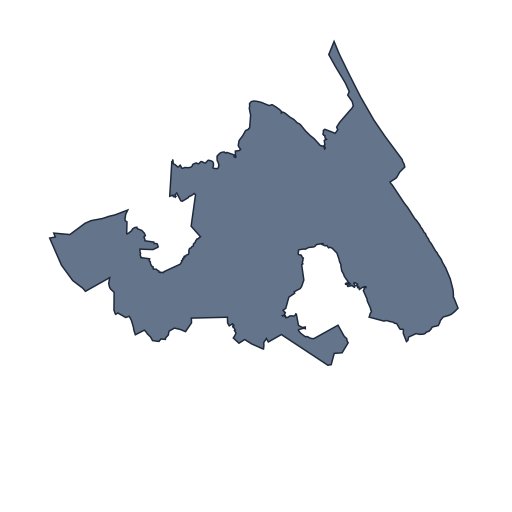 outline of Heroica Ciudad de Juchitán de Zaragoza, Oaxaca, Mexico, rotated 241°
{"feature_id": "50627088B28921038205871", "entity_name": "Heroica Ciudad de Juchitán de Zaragoza", "entity_type": "district", "adm_level": 2, "iso_a3": "MEX", "parent_name": "Mexico", "parent_adm1": "Oaxaca", "projection": "orthographic", "projection_center": [-94.955, 16.413], "detail": "fine", "context": "isolated", "style": "filled", "palette": "slate", "viewbox_px": 512, "rotation_deg": 241, "n_neighbors": 0, "source": "geoboundaries", "source_scale": "gbopen_adm2", "svg_char_len": 6152}
<svg xmlns="http://www.w3.org/2000/svg" viewBox="0 0 512 512"><g transform="rotate(241 256 256)"><path d="M125.6,265.9L124.5,269.1L132.9,277.2L129.6,284.4L135.4,294.5L137.5,294.5L139.9,295.3L142.6,294.3L144.3,294.2L155.7,294.2L155.7,266.4L156.8,264.8L158.3,263.2L160.2,262.2L161.1,261.1L161.2,260.2L166.0,257.9L169.2,257.1L170.8,257.2L170.9,257.7L169.6,262.9L168.5,263.9L170.0,264.7L171.0,261.9L174.7,259.5L185.6,263.1L186.1,262.8L185.2,261.4L185.2,259.5L186.2,258.5L187.2,256.5L186.9,254.5L187.5,252.2L188.4,252.3L188.3,252.6L189.6,252.6L189.4,251.8L190.4,251.4L190.6,250.2L191.0,250.1L190.7,252.1L192.2,254.2L193.0,254.0L193.0,253.7L195.4,253.4L195.8,256.7L204.1,264.8L204.7,271.8L206.2,272.1L206.1,279.0L207.2,281.1L211.8,286.2L226.4,291.8L226.4,293.2L228.1,293.4L229.3,294.9L230.5,295.3L230.8,296.2L231.6,296.3L232.9,295.8L234.5,296.0L235.3,295.7L235.6,294.8L236.9,293.9L237.9,294.1L238.7,295.0L240.5,295.9L240.6,296.6L239.2,300.6L238.0,302.7L238.0,306.0L235.9,311.0L236.0,312.7L236.7,314.5L234.6,320.4L234.4,320.5L234.4,319.1L231.4,321.4L230.7,323.1L228.0,323.4L227.7,325.0L225.9,326.4L219.4,328.2L212.7,327.0L210.5,326.3L207.2,326.1L206.2,325.4L201.5,323.8L197.4,323.8L195.7,323.4L191.6,323.7L190.5,324.1L189.7,323.8L185.8,324.9L186.1,323.9L187.7,323.1L188.6,321.9L188.3,320.7L187.7,320.7L186.3,322.1L185.7,322.1L185.0,321.5L184.7,321.7L184.6,322.5L183.5,325.7L181.0,326.8L181.0,327.2L182.0,328.2L184.4,328.3L185.0,328.7L184.6,329.7L182.1,331.2L181.6,329.6L181.2,329.5L180.4,330.3L179.3,329.7L179.4,330.7L178.9,330.9L177.7,330.3L176.6,330.2L177.0,333.7L176.4,336.5L175.9,337.2L175.5,337.2L175.1,336.9L175.7,335.8L175.5,335.0L174.7,334.8L173.7,333.1L164.7,332.3L162.6,331.5L154.4,330.8L153.4,330.2L151.8,330.2L150.9,329.4L150.5,328.2L147.7,325.3L137.0,336.4L136.4,338.6L135.1,340.2L134.3,340.7L131.8,343.7L129.9,344.7L128.6,346.3L122.6,346.4L121.9,346.7L120.7,349.0L119.8,349.0L116.9,347.3L108.2,346.1L108.6,348.0L111.1,350.1L110.5,358.4L108.2,361.0L106.7,364.0L106.2,366.1L106.8,368.3L106.3,370.9L107.1,373.4L108.4,375.7L106.8,381.7L108.8,384.6L110.1,385.8L111.7,389.6L111.8,390.7L110.7,395.1L110.3,398.5L111.1,403.0L112.4,407.4L123.3,408.8L124.4,408.7L126.4,409.9L131.1,412.0L141.8,414.8L153.6,416.1L160.0,416.0L163.3,416.4L169.6,415.8L171.2,416.0L172.9,415.5L181.8,415.3L184.9,414.8L187.6,415.1L190.5,414.7L193.7,415.1L194.8,414.5L199.3,414.5L202.1,414.0L203.2,414.3L209.4,413.6L211.4,413.0L224.7,412.2L230.4,411.3L251.7,409.6L254.0,409.1L255.7,409.0L256.3,416.8L259.7,422.3L261.7,429.3L264.6,430.1L267.5,430.1L269.7,430.6L298.4,426.8L317.9,425.0L344.4,424.6L368.7,425.5L391.9,426.7L405.8,428.3L396.9,417.3L383.2,417.3L364.4,418.0L354.7,417.3L352.2,414.2L344.5,415.0L340.2,413.9L338.3,410.8L338.3,410.1L332.3,393.8L329.6,389.0L326.8,388.7L324.9,384.8L333.5,377.6L333.2,375.8L331.9,375.2L330.1,373.6L328.8,373.8L327.9,374.6L326.6,373.9L324.8,373.7L323.9,374.2L324.1,372.1L323.9,371.6L320.1,370.3L319.8,369.4L316.6,368.8L316.4,367.9L318.0,368.4L319.7,367.9L320.2,366.8L320.7,366.8L321.3,365.9L322.2,365.6L330.5,363.7L335.3,361.7L341.5,359.9L349.0,358.6L350.8,357.9L352.4,356.6L357.1,355.3L361.0,353.0L366.6,350.8L368.9,349.2L368.8,347.5L370.2,348.3L372.6,347.6L376.9,345.6L380.6,343.4L381.2,340.4L387.7,335.2L390.5,332.2L392.6,329.3L393.3,326.8L392.5,324.3L390.0,323.0L388.4,321.7L381.8,319.6L371.1,312.5L371.0,311.3L370.4,310.5L370.8,307.8L367.6,302.6L365.2,297.2L361.4,294.1L360.2,293.9L356.7,294.2L356.4,292.3L357.8,288.8L353.6,286.7L352.3,286.5L352.1,285.8L353.5,284.9L355.0,285.9L360.7,280.8L360.7,279.4L362.3,278.7L363.1,277.0L363.4,275.2L363.3,273.6L362.6,271.9L362.7,271.3L363.0,271.5L361.7,270.0L358.2,268.3L356.6,268.3L353.7,267.7L351.9,266.3L351.1,265.0L351.3,264.3L352.5,262.4L353.7,261.1L354.5,261.3L355.6,262.6L357.5,263.6L359.1,263.9L360.5,263.3L362.7,261.1L362.9,260.2L361.9,257.2L362.2,256.2L364.9,254.3L365.3,253.5L364.5,250.9L364.7,250.1L366.4,248.8L366.8,245.8L366.6,244.9L365.5,243.6L365.3,242.2L365.9,239.8L367.9,236.7L368.3,234.2L368.8,233.7L372.1,233.8L372.2,233.3L371.5,231.8L371.7,230.8L375.4,229.4L376.1,228.7L377.1,228.5L380.1,229.8L380.3,229.6L379.2,228.7L379.3,228.1L350.1,209.5L349.5,212.8L348.0,212.5L347.3,213.6L346.5,213.9L347.0,215.0L348.7,214.7L349.5,217.2L340.7,217.0L339.6,218.2L339.9,225.1L340.4,225.8L340.2,229.4L340.7,232.2L338.9,232.8L313.5,213.7L299.7,216.8L299.7,215.6L299.1,213.6L299.5,212.9L299.4,212.4L298.2,210.2L297.3,209.3L296.9,207.2L295.2,206.1L295.3,204.6L294.6,203.1L294.8,201.5L293.3,199.9L291.2,198.8L290.3,197.7L290.3,196.5L290.6,195.5L289.8,193.9L290.6,193.3L290.2,192.6L289.4,192.2L289.3,191.0L288.8,191.2L288.7,190.4L287.9,189.6L288.0,188.7L287.4,188.7L287.0,188.2L285.6,185.8L286.9,167.9L286.4,167.0L287.4,165.7L287.6,164.7L288.2,164.6L288.7,163.4L289.9,163.8L291.6,162.7L292.6,162.5L294.5,159.9L296.6,160.7L297.1,160.0L300.1,159.9L302.4,160.8L303.5,160.3L304.3,160.7L305.1,161.6L310.4,154.6L310.6,154.9L313.2,155.2L314.2,156.3L315.7,156.5L318.3,157.8L311.6,168.9L311.2,174.4L311.4,174.9L314.4,175.5L315.1,175.0L316.3,173.0L317.7,173.4L323.1,166.3L324.8,167.0L327.0,167.2L327.4,169.1L330.0,169.4L333.7,168.5L337.3,165.6L338.2,165.5L338.9,165.8L339.7,163.7L339.6,162.4L339.5,161.0L338.5,159.5L337.8,155.9L337.8,154.0L338.2,153.7L348.4,159.7L350.5,158.7L351.9,159.4L355.6,162.2L358.4,166.1L360.4,152.2L361.9,147.0L363.2,140.0L366.9,128.8L367.5,122.2L365.0,103.6L374.1,90.2L369.9,89.7L371.7,84.2L342.2,81.4L323.4,83.8L311.5,89.0L307.8,89.7L308.0,117.6L303.5,113.9L300.2,112.9L297.9,112.7L293.0,114.3L277.5,105.5L273.7,104.9L273.0,105.0L273.1,107.6L265.4,112.2L264.7,115.9L260.0,115.8L253.0,114.2L250.7,113.3L245.6,112.3L245.3,122.4L242.0,123.2L241.0,123.1L236.4,124.5L232.2,124.5L228.3,129.7L229.5,132.6L227.0,136.3L228.2,137.3L229.4,141.0L232.4,143.4L232.5,149.7L228.5,154.1L224.0,157.7L228.8,167.2L233.0,169.4L216.3,201.3L211.2,198.7L207.9,198.7L208.1,202.4L206.7,202.4L206.8,202.9L205.7,202.8L205.7,201.5L204.5,201.4L204.2,201.9L201.4,202.0L201.4,201.1L198.2,201.1L196.7,199.0L195.3,196.4L188.0,198.8L188.4,205.6L181.3,209.5L171.1,217.2L171.0,217.5L173.7,219.4L176.5,220.8L178.8,225.1L174.8,225.1L175.0,240.1L125.6,265.9Z" fill="#64748b" stroke="#1e293b" stroke-width="1.5"/></g></svg>